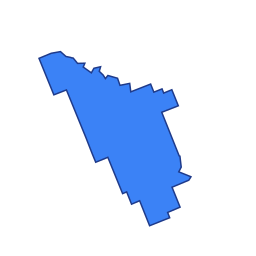 Monroe, Arkansas, United States of America (Robinson projection), rotated 157°
{"feature_id": "52423323B23771932588071", "entity_name": "Monroe", "entity_type": "district", "adm_level": 2, "iso_a3": "USA", "parent_name": "United States of America", "parent_adm1": "Arkansas", "projection": "robinson", "projection_center": [-91.218, 34.67], "detail": "fine", "context": "isolated", "style": "filled", "palette": "blue", "viewbox_px": 256, "rotation_deg": 157, "n_neighbors": 0, "source": "geoboundaries", "source_scale": "gbopen_adm2", "svg_char_len": 776}
<svg xmlns="http://www.w3.org/2000/svg" viewBox="0 0 256 256"><g transform="rotate(157 128 128)"><path d="M92.4,56.2L89.1,58.5L98.4,67.8L94.3,71.2L91.2,81.8L91.8,82.4L90.8,129.3L73.0,128.8L72.7,146.1L81.5,146.2L81.4,150.7L90.2,150.9L90.0,159.6L111.3,160.2L109.0,168.4L118.7,170.4L118.2,177.9L126.0,184.2L129.5,182.3L130.2,186.5L132.3,191.4L129.3,195.1L136.0,196.3L140.2,193.1L145.4,201.6L142.4,204.5L149.2,207.2L151.1,213.7L151.2,213.9L152.1,214.4L152.5,214.6L153.0,215.2L157.2,218.1L160.3,224.7L169.5,226.8L182.7,226.9L183.3,187.5L169.8,187.1L170.5,135.3L171.0,118.0L171.1,109.1L158.0,108.9L158.6,69.7L154.2,69.7L154.5,56.5L145.7,56.5L146.3,29.6L131.9,29.3L124.7,29.1L124.5,34.8L111.0,34.8L110.6,56.3L92.4,56.2Z" fill="#3b82f6" stroke="#1e3a8a" stroke-width="1.5"/></g></svg>